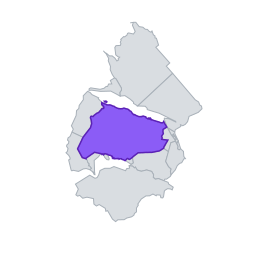 Saudi Arabia highlighted, Natural Earth projection, rotated 137°
{"feature_id": "SAU", "entity_name": "Saudi Arabia", "entity_type": "country or territory", "adm_level": 0, "iso_a3": "SAU", "parent_name": "Asia", "parent_adm1": "", "projection": "natural_earth1", "projection_center": [44.88, 24.248], "detail": "fine", "context": "with_neighbors", "style": "filled", "palette": "violet", "viewbox_px": 256, "rotation_deg": 137, "n_neighbors": 15, "source": "natural_earth", "source_scale": "50m", "svg_char_len": 10219}
<svg xmlns="http://www.w3.org/2000/svg" viewBox="0 0 256 256"><g transform="rotate(137 128 128)"><path d="M54.7,203.4L51.6,201.3L50.2,200.0L50.7,194.5L48.4,191.6L48.0,188.4L46.6,186.9L46.6,184.2L45.8,182.3L44.3,182.6L45.9,178.9L45.5,176.9L46.8,175.4L46.0,174.3L49.1,167.8L52.6,168.1L53.1,147.1L57.8,147.1L58.1,137.5L105.9,137.5L107.2,142.2L106.3,143.1L106.8,148.0L108.2,153.8L112.0,156.7L109.9,159.5L106.9,160.2L105.6,161.7L103.3,171.9L103.7,173.8L103.0,177.9L101.3,182.7L98.8,185.0L96.6,190.6L94.7,192.0L93.4,197.0L93.4,201.3L93.4,197.5L92.8,197.4L92.4,193.4L90.4,191.5L89.9,188.1L90.4,184.6L88.5,184.2L88.2,185.3L85.8,185.5L86.7,186.9L87.1,189.8L82.7,195.9L80.6,196.4L77.2,193.6L75.6,194.6L75.2,196.0L73.0,196.9L72.9,197.8L68.8,197.8L68.2,196.9L65.3,196.7L63.8,197.5L62.7,197.1L59.9,193.0L56.9,193.7L54.7,200.1L52.0,201.6L54.7,203.4Z" fill="#d9dde1" stroke="#a8b0b8" stroke-width="1"/><path d="M102.9,83.4L101.7,87.6L100.3,87.0L99.4,90.2L100.3,90.7L99.3,91.4L99.1,92.6L101.0,92.0L101.0,93.8L98.9,101.5L96.5,93.3L97.7,91.7L100.0,84.3L102.9,83.4Z" fill="#d9dde1" stroke="#a8b0b8" stroke-width="1"/><path d="M102.9,83.4L100.1,84.3L103.7,76.8L105.5,77.1L106.0,78.9L103.9,80.7L102.9,83.4Z" fill="#d9dde1" stroke="#a8b0b8" stroke-width="1"/><path d="M101.0,92.0L99.1,92.6L99.3,91.4L100.3,90.7L99.4,90.2L100.3,87.0L101.7,87.6L101.0,92.0Z" fill="#d9dde1" stroke="#a8b0b8" stroke-width="1"/><path d="M101.7,87.6L102.4,86.1L106.7,88.0L114.5,82.9L115.9,88.7L107.3,91.9L111.1,96.7L109.8,97.5L109.1,99.1L106.1,99.8L103.4,103.0L99.0,102.2L98.9,101.5L101.0,93.8L101.7,87.6Z" fill="#d9dde1" stroke="#a8b0b8" stroke-width="1"/><path d="M165.1,126.8L165.8,126.5L166.0,127.8L169.1,127.1L174.8,127.4L182.9,118.1L183.7,119.7L184.3,123.5L182.3,123.5L182.0,126.6L182.7,127.3L181.0,128.3L181.0,130.2L179.0,135.2L166.9,132.7L165.1,126.8Z" fill="#d9dde1" stroke="#a8b0b8" stroke-width="1"/><path d="M162.0,124.3L161.7,120.8L162.7,118.3L163.8,117.8L165.0,119.3L165.1,122.1L164.3,124.9L163.2,125.3L162.0,124.3Z" fill="#d9dde1" stroke="#a8b0b8" stroke-width="1"/><path d="M150.4,99.2L152.2,106.1L149.4,106.2L148.4,103.9L144.9,103.4L147.8,98.8L150.4,99.2Z" fill="#d9dde1" stroke="#a8b0b8" stroke-width="1"/><path d="M115.9,88.7L114.5,82.9L123.2,77.9L124.7,72.1L124.4,68.6L126.5,67.4L128.5,64.4L130.1,63.7L134.6,64.3L136.0,65.5L137.8,64.7L140.3,70.4L142.9,71.9L143.2,74.7L141.2,76.3L140.3,80.1L143.0,84.6L147.8,87.3L149.9,90.9L149.3,94.4L150.5,94.4L150.6,96.9L152.8,99.5L147.8,98.8L144.9,103.4L137.6,103.1L126.5,93.4L120.7,90.0L115.9,88.7Z" fill="#d9dde1" stroke="#a8b0b8" stroke-width="1"/><path d="M179.8,134.1L179.9,132.2L181.0,130.2L181.0,128.3L182.7,127.3L182.0,126.6L182.3,123.5L184.3,123.5L186.2,126.8L188.5,128.5L193.8,130.0L196.9,134.4L198.3,135.0L198.3,136.0L193.2,145.1L191.4,144.8L190.6,146.0L190.0,148.4L190.2,152.2L188.3,152.2L185.8,154.0L185.5,156.3L184.5,157.3L182.0,157.3L180.4,158.5L180.5,160.4L178.5,161.7L176.3,161.3L171.7,163.2L167.1,151.9L179.2,147.1L181.7,137.5L179.8,134.1ZM183.7,119.7L182.9,118.1L184.0,116.4L184.5,116.9L183.7,119.7Z" fill="#d9dde1" stroke="#a8b0b8" stroke-width="1"/><path d="M152.8,99.5L150.6,96.9L150.5,94.4L149.3,94.4L149.9,90.9L147.8,87.3L143.0,84.6L140.3,80.1L141.2,76.3L143.2,74.7L142.9,71.9L140.3,70.4L135.7,60.9L136.5,59.4L135.3,53.9L137.9,52.6L138.5,54.4L140.4,56.6L143.1,57.2L144.4,57.1L148.9,53.5L150.3,53.2L151.5,54.6L150.2,57.0L152.6,59.5L153.6,59.2L154.8,62.7L158.5,63.7L161.2,66.1L166.7,67.0L172.7,65.7L173.0,64.6L176.4,63.7L179.0,60.9L181.6,61.1L183.2,60.2L186.0,60.6L190.3,63.0L193.4,63.6L198.0,67.8L200.9,68.0L201.5,72.0L199.3,81.5L201.0,82.2L199.4,84.8L201.3,91.7L204.3,92.5L204.8,95.6L201.4,99.9L205.2,105.4L209.0,107.5L209.3,111.7L211.3,112.5L211.7,114.7L206.0,117.2L204.7,122.8L188.2,119.6L186.4,113.7L184.4,112.8L181.4,113.7L177.4,116.0L172.5,114.4L168.5,110.7L164.6,109.4L158.9,98.4L156.8,99.2L154.2,97.6L152.8,99.5Z" fill="#d9dde1" stroke="#a8b0b8" stroke-width="1"/><path d="M102.4,86.1L103.9,80.7L106.0,78.9L105.5,77.1L103.7,76.8L103.4,73.1L106.6,69.1L106.9,66.4L108.1,67.3L112.4,66.0L114.4,66.9L117.6,66.9L122.0,65.1L128.5,64.4L126.5,67.4L124.4,68.6L124.7,72.1L123.2,77.9L106.7,88.0L102.4,86.1Z" fill="#d9dde1" stroke="#a8b0b8" stroke-width="1"/><path d="M103.7,173.8L103.3,171.9L105.6,161.7L106.9,160.2L109.9,159.5L112.0,156.7L115.4,166.7L123.1,173.5L128.9,180.6L130.9,182.1L129.6,183.2L127.9,182.8L122.0,175.3L118.4,173.4L115.6,173.3L114.6,172.3L112.2,173.4L109.8,171.3L108.5,174.8L103.7,173.8Z" fill="#d9dde1" stroke="#a8b0b8" stroke-width="1"/><path d="M167.1,151.9L171.7,163.2L168.8,164.5L167.9,168.2L157.4,172.5L153.8,175.8L150.7,175.8L148.3,177.8L141.3,179.2L138.7,182.1L132.5,182.4L131.5,179.6L131.6,177.0L128.9,170.1L129.8,169.8L129.7,164.6L131.5,163.1L131.1,161.1L132.1,158.7L133.8,160.0L139.6,159.4L145.8,160.1L146.9,161.7L148.7,160.9L151.6,155.9L155.4,153.8L167.1,151.9Z" fill="#d9dde1" stroke="#a8b0b8" stroke-width="1"/><path d="M105.9,137.5L58.1,137.5L59.6,102.8L58.6,98.9L59.8,95.9L59.3,93.9L60.8,91.6L66.0,91.5L75.4,94.9L80.1,92.0L83.6,91.6L86.4,92.3L87.4,94.6L88.3,93.1L94.5,94.5L96.5,93.3L98.9,101.5L95.6,109.6L94.7,110.4L91.7,106.7L89.0,99.8L88.6,100.3L95.2,117.7L101.4,128.3L100.6,129.1L100.6,132.2L105.9,137.5Z" fill="#d9dde1" stroke="#a8b0b8" stroke-width="1"/><path d="M167.0,151.9L166.1,152.1L165.1,152.2L164.1,152.4L162.8,152.6L161.9,152.8L160.4,153.0L159.2,153.2L157.9,153.4L156.7,153.6L155.7,153.7L155.1,153.9L154.4,154.3L153.3,155.0L152.2,155.6L151.6,156.0L151.0,156.8L150.7,157.3L150.1,158.0L149.7,158.6L149.2,159.4L149.0,160.0L148.6,161.0L148.4,161.2L147.9,161.5L147.4,161.8L146.8,161.7L146.4,161.1L145.9,160.5L145.7,160.2L144.9,160.3L144.0,160.4L143.1,160.3L141.9,160.2L140.9,160.1L140.4,160.0L139.7,159.6L139.3,159.5L138.5,159.4L137.7,159.4L136.9,159.6L136.1,159.5L135.3,159.6L135.0,159.8L134.7,159.7L134.5,159.9L134.3,159.9L134.1,159.8L133.9,159.9L133.5,159.8L133.2,159.5L133.0,159.2L132.8,159.1L132.5,159.0L132.3,159.0L132.0,159.2L131.8,159.3L131.4,159.8L131.5,160.2L131.5,160.4L131.2,160.5L131.1,161.0L131.1,161.8L131.2,162.2L131.3,162.4L131.3,162.6L131.2,163.0L130.8,163.5L130.7,163.7L130.5,163.9L129.8,164.5L129.7,164.1L129.5,163.6L129.5,163.2L129.4,162.8L129.1,162.5L128.8,162.1L128.7,161.7L128.4,161.3L128.1,160.9L127.9,160.3L127.7,159.4L126.7,158.3L125.5,157.3L125.1,156.7L124.5,155.5L124.2,154.5L123.4,153.5L123.4,153.0L123.3,152.5L123.1,152.0L123.0,151.5L122.2,149.6L121.9,149.3L121.7,148.8L121.6,148.5L121.5,148.3L121.0,148.0L120.4,147.2L118.8,145.9L118.0,145.7L117.4,145.3L116.9,144.6L116.5,143.6L115.6,142.5L114.9,140.8L115.1,140.3L115.1,139.8L114.9,139.1L114.6,138.6L114.5,138.1L114.6,137.4L114.7,136.6L114.8,136.1L114.9,135.7L114.8,134.7L114.6,134.2L114.6,133.8L114.3,133.7L114.1,133.3L114.3,133.3L113.9,132.8L113.8,132.5L113.6,131.8L113.4,131.3L112.8,130.1L112.5,129.3L111.8,128.4L111.0,127.7L110.5,127.3L110.3,127.0L109.9,127.0L109.5,126.6L109.2,126.6L108.8,126.5L108.4,125.7L108.0,125.0L107.4,124.0L107.6,123.7L107.8,123.3L107.7,122.8L107.6,122.4L107.3,121.7L106.4,120.1L106.2,119.8L105.8,119.5L105.6,118.8L105.5,118.1L104.9,117.8L103.8,115.5L103.2,114.7L103.0,114.1L102.3,113.2L102.0,112.3L101.3,111.5L100.7,110.0L99.7,108.6L99.3,108.3L98.3,108.2L97.9,108.1L97.5,108.4L97.5,108.0L97.8,107.5L98.2,106.3L98.3,105.3L99.0,102.2L99.8,102.4L100.5,102.5L101.5,102.7L102.5,102.9L103.2,103.0L103.4,103.0L104.2,102.2L105.0,101.5L105.5,100.7L105.9,99.9L106.1,99.8L106.8,99.6L107.9,99.4L109.0,99.1L109.3,98.4L109.7,97.6L109.8,97.4L110.6,97.0L111.0,96.7L110.4,95.9L109.8,95.1L109.1,94.3L108.5,93.6L107.7,92.6L107.1,92.0L108.1,91.6L109.2,91.3L110.3,91.0L111.7,90.6L112.7,90.2L114.3,89.8L115.0,89.5L115.7,88.9L116.6,89.1L117.9,89.3L119.2,89.5L120.5,89.8L121.0,90.0L122.2,90.8L123.1,91.4L124.1,92.0L125.3,92.7L126.1,93.3L127.2,93.9L128.0,94.7L129.1,95.7L130.3,96.7L131.2,97.6L132.5,98.7L133.9,99.8L135.1,100.9L136.2,101.8L137.5,103.0L138.9,103.1L140.7,103.3L142.5,103.5L144.1,103.6L144.8,103.5L145.5,103.6L146.5,103.7L147.2,103.8L148.3,104.0L148.7,104.7L148.8,105.2L148.9,105.7L149.3,106.2L150.1,106.2L150.8,106.1L151.7,106.1L152.4,106.1L152.6,106.6L152.7,107.0L153.1,108.1L153.7,108.9L153.8,109.2L153.9,109.7L153.8,109.9L153.8,110.1L154.2,110.5L155.0,110.9L155.2,111.0L155.6,111.2L155.3,111.4L155.7,112.0L156.2,112.7L156.8,112.8L157.5,113.7L158.6,114.4L159.2,115.2L158.7,115.0L158.7,115.4L158.7,115.8L159.1,116.1L159.4,116.4L159.5,116.9L159.3,117.9L159.2,117.9L158.9,117.7L158.8,117.8L159.0,118.5L159.2,119.1L159.4,119.5L159.6,120.1L159.8,120.4L160.5,121.1L160.7,121.7L160.9,122.7L161.4,123.3L161.6,123.8L161.9,124.2L162.2,124.7L162.5,125.1L162.8,125.2L163.1,125.2L163.5,125.1L163.8,125.0L164.1,125.2L164.4,125.2L164.4,125.4L164.2,125.7L164.0,126.3L164.3,126.4L164.7,126.5L164.9,126.6L165.0,126.6L165.1,127.3L165.2,127.6L165.3,127.8L165.5,128.1L165.8,128.4L166.0,128.7L166.2,129.0L166.4,129.3L166.7,129.7L166.9,130.0L167.1,130.3L167.3,130.6L167.6,130.9L167.8,131.2L168.0,131.5L168.2,131.9L168.5,132.2L168.7,132.5L168.9,132.8L169.1,133.1L169.4,133.1L169.5,133.1L169.8,133.2L170.3,133.2L170.9,133.3L171.7,133.4L172.5,133.6L173.3,133.7L174.2,133.8L175.1,133.9L176.0,134.1L176.8,134.2L177.5,134.3L178.2,134.4L178.6,134.4L178.9,134.5L179.1,134.5L179.4,134.6L179.7,134.2L180.0,134.7L180.3,135.2L180.6,135.8L181.0,136.4L181.3,137.1L181.6,137.5L181.5,138.0L181.3,138.5L181.2,139.1L181.1,139.6L180.9,140.1L180.8,140.7L180.6,141.2L180.5,141.7L180.4,142.3L180.2,142.8L180.1,143.3L179.9,143.9L179.8,144.4L179.7,144.9L179.5,145.4L179.4,146.0L179.3,146.5L179.1,147.1L178.7,147.3L178.0,147.6L177.3,147.9L176.6,148.1L175.9,148.4L175.2,148.7L174.5,149.0L173.8,149.2L173.1,149.5L172.4,149.8L171.7,150.1L171.0,150.3L170.3,150.6L169.7,150.9L169.0,151.2L168.3,151.4L167.6,151.7L167.0,151.9ZM126.5,162.9L126.8,162.9L126.6,162.7L126.8,162.4L127.2,162.9L127.2,163.4L127.1,163.6L127.0,163.4L126.9,163.3L126.9,163.2L126.4,163.2L126.1,163.0L125.7,162.6L125.6,162.2L125.8,162.2L126.0,161.8L125.9,161.5L126.2,161.5L126.3,161.8L126.3,162.4L126.4,162.6L126.5,162.9ZM106.3,121.3L106.2,121.3L105.9,121.0L105.8,120.7L105.6,120.6L104.9,120.2L104.9,119.8L105.0,120.0L105.7,120.5L106.4,121.1L106.5,121.1L106.3,121.3ZM105.1,119.7L105.1,119.8L104.9,119.6L104.9,119.2L105.1,119.0L105.1,119.3L105.1,119.6L105.1,119.7Z" fill="#8b5cf6" stroke="#5b21b6" stroke-width="1.5"/></g></svg>